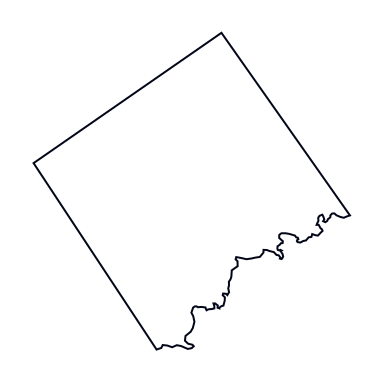 Freestone, Texas, United States of America (Robinson projection), rotated 85°
{"feature_id": "52423323B49293454061444", "entity_name": "Freestone", "entity_type": "district", "adm_level": 2, "iso_a3": "USA", "parent_name": "United States of America", "parent_adm1": "Texas", "projection": "robinson", "projection_center": [-95.959, 31.713], "detail": "fine", "context": "isolated", "style": "outline", "palette": "ink", "viewbox_px": 384, "rotation_deg": 85, "n_neighbors": 0, "source": "geoboundaries", "source_scale": "gbopen_adm2", "svg_char_len": 1778}
<svg xmlns="http://www.w3.org/2000/svg" viewBox="0 0 384 384"><g transform="rotate(85 192 192)"><path d="M149.4,347.3L345.9,241.0L345.6,240.1L344.7,236.2L341.9,234.5L342.8,230.0L344.9,225.3L343.3,220.5L344.5,216.3L348.0,209.8L347.5,205.9L345.8,203.7L344.2,204.9L342.8,209.1L339.5,212.0L334.8,211.0L331.1,205.5L327.5,203.0L321.5,200.9L315.8,201.6L312.2,203.1L307.3,201.0L306.2,199.2L306.4,197.3L307.3,196.2L307.3,192.8L308.2,188.6L309.5,188.4L311.1,187.8L310.3,185.9L310.3,182.1L309.9,179.9L307.5,179.7L304.9,180.3L305.0,178.7L307.3,176.2L309.5,176.6L310.3,174.9L309.7,174.9L308.3,172.7L307.9,170.6L303.2,168.9L299.8,168.4L297.5,170.4L295.9,169.9L296.2,167.8L296.4,166.9L297.8,165.8L295.0,163.8L291.3,164.3L287.9,163.2L284.7,163.1L282.4,161.3L279.9,160.2L273.5,159.2L271.8,156.3L269.9,153.0L264.9,152.7L262.9,154.4L260.7,153.6L261.7,149.9L263.7,143.5L263.4,138.3L262.9,134.9L262.6,130.1L258.6,126.1L255.9,125.8L256.3,122.5L257.5,120.1L259.0,115.7L262.0,113.4L262.6,111.2L265.1,109.6L266.0,110.2L266.6,108.8L266.1,107.9L264.1,106.8L261.7,107.2L258.3,109.0L258.0,108.0L257.3,109.1L257.8,110.2L257.2,111.5L256.2,111.9L253.5,111.5L252.3,109.3L250.8,107.9L250.8,106.2L248.9,105.8L247.6,107.1L245.3,109.2L242.2,108.7L240.9,106.5L241.3,102.2L242.2,98.8L244.4,93.2L246.2,92.2L246.8,90.5L248.4,90.2L248.8,91.2L249.9,91.8L251.1,91.2L251.8,88.4L250.5,85.5L250.2,82.7L247.3,79.7L247.2,77.0L244.4,75.9L245.8,72.8L246.4,70.3L244.1,67.8L242.1,65.3L240.2,66.0L239.5,67.0L235.7,68.7L235.6,70.7L233.9,69.9L231.9,68.6L228.6,68.5L226.8,67.0L226.0,64.1L228.0,63.3L230.8,62.6L232.5,63.9L233.7,61.8L232.6,59.8L231.0,59.0L229.2,56.4L227.4,56.2L225.7,54.4L225.7,52.1L227.8,50.1L229.8,46.3L230.9,43.0L229.9,40.1L229.1,36.7L36.0,148.8L149.4,347.3Z" fill="none" stroke="#020617" stroke-width="2"/></g></svg>